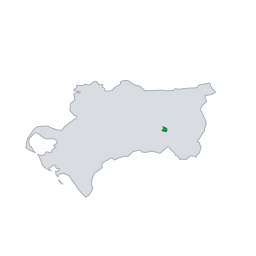 location of Mary, Mary, Turkmenistan, rotated 321°
{"feature_id": "10190150B47066979897930", "entity_name": "Mary", "entity_type": "district", "adm_level": 2, "iso_a3": "TKM", "parent_name": "Turkmenistan", "parent_adm1": "Mary", "projection": "equal_earth", "projection_center": [61.762, 37.519], "detail": "fine", "context": "in_parent", "style": "filled", "palette": "green", "viewbox_px": 256, "rotation_deg": 321, "n_neighbors": 0, "source": "geoboundaries", "source_scale": "gbopen_adm2", "svg_char_len": 3855}
<svg xmlns="http://www.w3.org/2000/svg" viewBox="0 0 256 256"><g transform="rotate(321 128 128)"><path d="M80.8,86.9L91.1,87.4L94.3,87.9L95.6,86.4L95.5,86.0L95.1,85.7L94.3,84.7L93.8,77.8L94.7,76.9L95.8,76.1L97.3,74.0L98.1,73.3L99.3,72.8L103.2,72.7L104.9,72.2L106.3,69.8L106.6,68.4L107.7,67.2L108.3,67.3L111.0,68.2L111.5,68.7L112.4,70.5L113.4,70.4L113.5,70.1L113.4,69.7L112.7,68.6L111.1,66.6L109.5,65.3L109.3,64.9L110.7,63.9L113.5,64.3L114.2,64.0L115.0,62.4L118.6,66.0L119.3,66.4L122.2,66.8L122.7,67.3L123.7,69.4L124.7,70.0L125.9,70.4L131.1,70.5L132.8,71.9L133.0,72.2L132.7,73.2L132.6,75.1L132.2,75.9L132.4,76.2L134.3,77.0L135.4,78.2L135.5,78.7L135.2,79.1L134.3,78.9L133.9,79.5L133.8,80.5L134.5,81.4L134.6,82.3L133.7,84.3L133.7,85.1L134.0,85.6L138.7,88.6L139.4,88.7L144.0,88.1L144.9,88.4L148.9,89.1L150.0,89.0L150.7,88.0L151.5,87.7L152.2,87.6L154.1,88.3L156.1,89.6L157.4,90.7L158.1,91.8L159.9,97.7L161.1,100.1L162.5,101.4L163.6,103.7L164.4,108.7L165.0,109.8L167.2,111.8L178.4,120.1L181.8,123.8L187.1,127.4L189.0,126.9L193.1,130.8L195.8,132.2L199.2,134.5L206.3,139.7L207.8,139.9L209.5,139.2L211.0,139.6L213.7,141.0L216.6,143.0L219.0,143.7L219.8,144.6L219.8,145.1L218.5,147.6L218.4,150.9L218.6,155.2L217.9,155.3L213.1,154.1L208.5,151.4L207.4,152.3L206.9,153.2L205.8,156.9L199.7,157.2L196.1,159.0L192.9,171.4L192.2,172.9L190.2,175.0L186.6,176.9L186.1,177.7L186.0,178.5L185.6,178.7L183.6,178.7L176.1,181.4L174.5,181.4L173.8,181.7L173.6,182.1L174.4,184.6L173.7,185.3L173.3,186.6L172.9,188.7L168.0,192.1L167.0,192.5L165.0,192.2L164.0,192.5L162.9,193.6L162.4,193.3L162.2,192.2L161.6,191.5L158.6,188.8L155.0,189.2L153.7,189.0L152.6,188.5L151.0,187.0L150.0,185.5L148.9,185.7L148.6,185.0L148.5,184.1L148.9,183.1L148.8,181.3L148.2,179.9L147.5,179.3L148.3,177.2L148.3,175.6L147.8,173.8L147.6,171.3L147.7,168.9L147.0,167.6L136.7,167.7L133.0,162.0L131.5,160.6L126.4,158.2L125.0,156.9L123.9,155.5L123.6,153.6L123.0,152.4L122.2,152.2L118.3,150.0L116.6,149.4L114.5,150.0L113.2,149.3L111.6,150.2L111.0,150.2L109.3,149.7L107.3,147.7L105.7,146.8L102.1,145.5L99.6,145.1L97.4,144.3L97.2,144.1L97.2,142.3L96.9,141.6L96.3,140.8L95.4,140.1L91.6,140.2L89.9,139.5L88.5,139.4L85.5,139.5L84.5,140.0L83.9,140.6L83.5,142.2L83.2,142.5L80.3,142.5L74.1,142.1L71.5,143.0L67.3,145.6L65.0,147.8L64.3,148.7L62.8,152.6L62.1,153.1L61.3,153.6L60.5,153.6L56.8,155.2L55.4,155.5L51.7,155.3L51.0,149.6L50.8,145.1L51.5,138.9L51.4,134.9L52.2,128.9L52.1,127.4L50.3,124.8L50.1,122.9L49.0,122.8L47.1,121.3L45.4,120.7L44.4,120.7L43.6,121.1L43.0,122.0L42.6,120.6L42.7,119.1L44.2,116.1L45.1,117.0L46.2,117.3L49.0,117.1L48.7,116.1L47.4,115.0L47.1,113.7L47.3,112.3L47.7,110.9L47.3,110.4L46.7,110.0L45.2,110.1L41.2,109.6L40.7,111.2L41.7,113.2L40.0,110.9L38.9,108.4L38.3,105.6L38.2,102.6L40.0,97.7L41.4,91.7L42.8,94.2L43.9,95.3L46.3,96.0L47.5,95.8L48.8,95.2L50.0,95.4L51.8,98.0L53.2,98.3L56.1,97.3L57.4,97.1L58.6,97.5L59.8,97.5L59.3,96.3L59.1,95.1L59.9,94.5L62.1,95.2L63.9,94.5L64.2,94.2L64.4,93.2L64.2,91.1L63.9,90.3L62.9,89.0L59.0,86.2L57.7,85.0L56.7,83.5L55.1,77.6L53.8,73.9L53.3,73.4L51.0,73.1L46.6,74.0L45.1,73.8L44.3,74.2L42.5,75.8L41.6,77.2L40.3,80.3L41.1,81.3L40.2,86.5L40.5,88.8L40.4,88.9L39.1,86.1L37.5,83.4L36.2,79.1L38.9,76.4L41.3,74.4L43.7,72.9L46.2,72.0L51.9,70.4L55.0,69.9L57.5,69.8L59.4,70.7L64.5,74.1L66.7,76.0L67.3,76.8L67.9,78.6L71.5,84.6L72.4,85.4L73.8,87.3L75.2,87.9L80.8,86.9ZM42.0,130.0L41.9,130.8L41.2,128.3L41.0,125.6L41.5,124.9L42.0,124.9L41.5,125.9L42.0,130.0Z" fill="#d9dde1" stroke="#a8b0b8" stroke-width="1"/><path d="M156.3,151.2L155.2,151.4L154.8,151.5L154.2,151.3L154.1,151.7L154.0,152.1L153.5,152.0L154.0,152.8L154.6,153.4L154.8,153.7L154.9,153.8L155.1,154.1L155.3,154.5L155.8,154.2L156.3,154.3L156.7,154.1L156.9,153.2L157.2,153.0L157.1,152.8L157.2,152.7L157.0,151.6L156.7,150.7L156.2,150.1L156.3,151.0L156.3,151.2Z" fill="#22c55e" stroke="#15803d" stroke-width="1.5"/></g></svg>